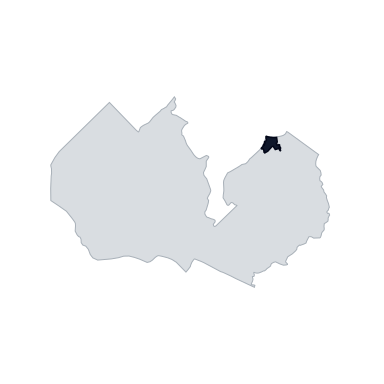 Nchelenge, Luapula, Zambia (highlighted), rotated 46°
{"feature_id": "96606910B37258058096160", "entity_name": "Nchelenge", "entity_type": "district", "adm_level": 2, "iso_a3": "ZMB", "parent_name": "Zambia", "parent_adm1": "Luapula", "projection": "robinson", "projection_center": [28.93, -9.367], "detail": "fine", "context": "in_parent", "style": "filled", "palette": "ink", "viewbox_px": 384, "rotation_deg": 46, "n_neighbors": 0, "source": "geoboundaries", "source_scale": "gbopen_adm2", "svg_char_len": 6385}
<svg xmlns="http://www.w3.org/2000/svg" viewBox="0 0 384 384"><g transform="rotate(46 192 192)"><path d="M245.4,252.0L231.6,252.1L226.6,253.3L222.4,255.2L217.5,258.2L214.6,260.2L213.9,261.4L213.5,263.9L213.5,267.8L213.0,270.6L211.5,273.2L204.0,276.3L199.1,278.8L194.3,281.8L190.7,285.7L188.2,290.5L184.1,296.5L175.5,307.1L170.5,309.1L166.3,308.6L161.3,306.4L157.2,306.0L154.3,307.4L151.5,306.9L149.0,304.7L146.9,303.9L145.2,304.5L143.0,304.4L139.0,303.2L135.5,299.4L133.7,297.8L132.2,297.2L128.1,296.6L118.6,295.7L108.8,297.6L100.1,299.5L91.2,291.1L82.7,282.2L80.9,279.9L77.6,276.9L75.3,275.5L74.4,274.7L72.0,266.8L70.7,259.5L70.2,189.2L109.0,189.2L111.5,188.9L111.6,188.2L109.8,184.4L109.9,183.1L110.3,180.6L112.0,175.5L112.1,173.8L111.3,168.2L111.4,165.1L111.8,158.9L111.5,156.8L112.4,154.0L112.7,152.1L113.1,151.3L112.6,149.2L111.8,141.7L111.3,138.6L113.7,139.1L114.4,140.6L114.9,142.3L116.0,142.4L118.7,143.4L119.7,144.7L120.3,147.7L120.0,149.2L119.1,150.5L120.0,151.6L121.8,152.3L122.9,152.1L126.0,150.0L128.9,149.3L130.4,148.8L136.8,147.4L138.1,146.7L139.0,146.7L139.6,147.3L139.0,149.4L138.9,151.3L139.7,154.8L140.3,156.5L141.6,157.7L142.6,158.3L143.7,159.6L145.9,159.3L150.8,161.2L152.3,162.0L154.4,162.8L155.9,163.1L161.0,163.8L166.3,164.8L169.1,164.9L171.1,164.6L172.4,164.1L173.3,163.5L173.7,163.0L175.7,156.3L176.7,155.8L178.0,155.4L178.8,156.0L179.7,160.3L183.6,164.1L184.9,167.3L185.9,170.1L186.7,170.8L188.2,171.8L190.5,172.1L192.6,172.2L203.1,176.9L204.2,177.7L205.5,180.3L206.3,183.1L207.1,185.3L208.4,185.7L209.6,185.9L210.8,187.4L211.7,188.8L214.8,194.3L215.2,196.5L216.7,198.0L218.8,198.6L220.7,198.7L221.7,198.0L224.4,196.9L226.5,195.6L228.0,195.1L228.9,195.4L229.6,196.3L230.0,199.1L231.5,200.0L232.6,199.6L233.0,198.5L233.0,198.0L233.0,169.1L232.1,169.3L230.9,170.1L228.1,170.2L227.0,170.9L226.7,171.8L226.9,173.0L227.0,174.6L226.6,175.4L225.4,175.7L223.6,175.1L220.4,174.2L217.8,173.7L215.9,171.6L213.3,168.3L211.6,166.7L207.6,163.2L206.9,162.6L205.7,161.0L204.6,158.3L203.6,155.1L203.0,153.1L204.0,150.1L206.4,140.1L206.9,137.0L208.9,133.8L209.0,131.0L208.3,127.3L208.5,125.3L208.7,113.9L208.2,110.2L206.8,106.2L203.9,100.6L203.9,99.5L208.4,95.8L209.8,94.5L212.1,91.5L213.7,89.0L214.7,87.0L215.1,84.4L214.3,81.9L215.9,81.4L253.1,74.9L253.6,76.7L254.8,79.5L256.0,81.6L257.6,83.4L259.0,84.5L259.9,84.9L265.6,84.8L267.7,85.9L269.5,87.3L269.9,89.5L271.1,90.9L272.4,91.9L272.9,92.1L273.9,91.8L275.4,91.8L276.8,92.3L277.5,92.7L277.6,94.6L278.0,95.4L279.9,95.7L281.9,95.9L283.8,97.1L285.9,97.3L288.3,97.8L289.4,99.2L291.9,100.5L295.0,101.8L298.4,103.8L298.5,104.4L299.1,105.6L299.7,106.5L299.7,107.7L300.0,108.9L300.9,109.2L301.6,109.3L302.3,108.4L303.2,108.5L304.2,109.0L304.5,110.3L305.3,112.2L306.6,113.4L307.4,114.6L307.1,116.8L306.6,118.8L308.3,120.8L310.5,122.6L311.1,123.5L311.3,126.2L311.6,127.2L313.1,129.5L313.8,131.0L313.8,131.9L309.7,136.5L307.2,137.2L306.1,138.1L305.4,139.1L307.0,143.7L307.9,145.4L307.2,147.6L305.5,151.3L304.8,151.6L304.7,154.4L305.1,155.4L305.9,156.2L306.3,158.1L306.2,162.8L305.1,168.1L306.9,172.8L307.6,173.3L310.1,173.3L310.5,173.7L309.9,175.0L308.1,177.1L304.9,178.7L300.3,180.4L299.3,182.1L298.7,184.6L299.2,186.0L299.8,186.8L299.6,189.0L299.2,191.2L299.3,193.0L299.1,194.6L298.5,195.3L297.7,197.7L296.7,200.1L295.9,201.2L294.7,202.3L292.9,203.2L292.9,203.7L295.0,204.8L295.5,205.6L295.7,206.1L294.8,207.3L295.8,208.0L297.0,208.6L298.1,210.2L299.3,213.2L299.5,213.5L299.9,213.5L300.6,213.2L301.9,212.0L302.8,211.6L303.9,213.3L284.5,220.7L280.0,222.2L273.2,224.8L271.0,225.7L269.2,226.7L251.2,232.5L248.4,233.6L242.1,236.5L241.8,237.0L241.9,238.3L242.5,241.1L243.6,243.6L244.5,245.1L245.1,248.8L245.4,252.0Z" fill="#d9dde1" stroke="#a8b0b8" stroke-width="1"/><path d="M211.5,93.2L211.3,93.5L210.3,94.6L210.1,94.9L209.9,95.1L209.5,95.5L209.0,96.0L207.8,97.0L207.2,97.6L206.4,98.1L206.0,98.4L205.7,98.6L205.2,98.9L204.9,99.1L204.6,99.3L204.0,99.6L203.7,99.7L203.6,99.8L203.5,100.0L203.7,100.4L203.7,100.5L203.9,100.6L204.3,101.0L204.6,101.2L204.9,101.5L205.7,102.0L206.0,102.2L206.1,102.3L206.3,102.4L206.5,102.6L206.5,102.8L206.5,103.0L206.5,103.4L206.5,103.8L206.4,104.1L206.3,104.3L206.2,104.5L206.3,104.7L206.3,104.8L206.5,104.8L206.8,104.9L206.8,105.0L206.7,105.2L206.7,105.4L206.8,105.5L207.0,105.4L207.3,105.4L207.4,105.5L207.5,105.7L207.6,105.8L207.6,106.0L207.5,106.3L207.5,107.0L207.6,107.3L207.7,107.5L207.8,107.5L207.9,107.4L208.0,107.3L208.2,107.2L208.3,107.0L208.5,107.2L208.5,107.3L208.4,107.4L208.3,107.5L208.2,107.6L207.9,107.6L207.7,107.7L207.7,107.8L207.8,107.9L208.0,107.9L208.1,108.0L208.3,108.1L208.4,108.4L208.2,108.9L208.3,109.0L208.5,109.4L208.6,109.8L208.6,110.2L208.6,110.4L208.7,110.5L208.7,110.8L208.6,111.0L208.6,111.5L208.8,111.7L208.8,111.8L209.0,111.9L209.2,112.0L209.3,112.0L209.4,111.9L209.7,111.7L209.8,111.7L210.0,111.3L210.3,111.0L210.4,110.9L210.6,110.9L210.8,110.8L211.0,110.9L211.1,111.1L211.3,111.2L211.5,111.2L211.7,111.3L211.8,111.3L212.0,111.5L212.3,111.7L212.5,111.7L212.5,111.8L212.7,112.0L212.8,112.1L213.0,112.2L213.2,112.3L213.3,112.3L213.5,112.4L213.5,112.5L213.8,112.5L214.0,112.5L214.0,112.4L214.3,112.3L214.5,112.4L214.6,112.2L214.6,111.7L214.8,111.2L214.8,110.9L214.9,110.7L215.1,110.0L215.2,109.7L215.2,109.2L215.3,108.9L215.3,108.4L215.2,108.1L215.2,107.7L215.2,107.4L215.1,107.2L215.1,106.9L215.1,106.6L215.1,106.4L215.0,106.1L215.1,105.6L215.1,105.2L215.0,104.9L215.0,104.4L215.0,104.1L214.9,103.7L214.9,103.2L215.0,102.7L215.2,102.4L215.4,102.1L215.6,101.9L217.1,102.2L219.3,102.6L219.9,101.5L220.4,100.5L220.7,99.2L222.9,99.9L223.6,99.9L223.6,99.7L223.4,99.6L223.4,99.4L223.5,99.3L223.4,99.2L223.3,98.9L223.3,99.0L223.2,99.0L223.0,99.3L222.9,99.3L222.8,99.1L222.7,99.1L222.7,98.9L222.6,98.7L222.5,98.8L222.4,98.8L222.4,98.7L222.2,98.6L222.1,98.4L222.1,98.2L221.9,98.0L221.8,97.9L221.7,97.6L221.4,97.5L221.2,97.5L220.9,97.6L220.7,97.6L220.4,97.6L220.4,97.4L220.2,97.4L220.2,97.2L219.9,97.0L219.8,96.9L219.7,96.9L219.7,97.0L219.6,96.9L219.4,96.8L219.2,96.7L218.9,96.4L218.8,96.5L218.7,96.4L218.4,96.7L218.3,96.9L218.2,96.9L218.2,97.0L218.0,97.3L217.9,97.4L217.9,97.5L217.7,97.8L217.6,98.0L217.4,98.2L217.2,98.0L216.8,97.9L216.7,97.9L216.4,97.7L216.2,97.7L215.9,97.7L215.8,97.8L215.7,97.8L215.6,97.7L215.5,97.4L215.5,97.2L215.4,97.2L215.4,96.8L215.4,96.7L215.3,96.4L215.3,96.2L215.2,96.1L215.2,95.9L211.5,93.2Z" fill="#0f172a" stroke="#020617" stroke-width="1.5"/></g></svg>